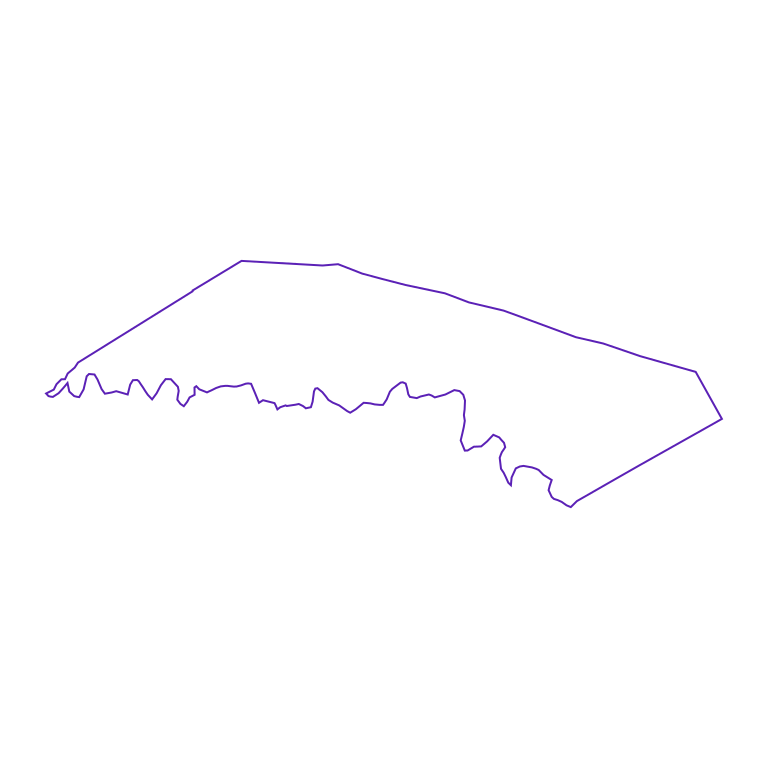 Boghe, Brakna, Mauritania
{"feature_id": "47542326B52802302132146", "entity_name": "Boghe", "entity_type": "district", "adm_level": 2, "iso_a3": "MRT", "parent_name": "Mauritania", "parent_adm1": "Brakna", "projection": "natural_earth1", "projection_center": [-14.531, 16.65], "detail": "fine", "context": "isolated", "style": "outline", "palette": "violet", "viewbox_px": 768, "rotation_deg": 0, "n_neighbors": 0, "source": "geoboundaries", "source_scale": "gbopen_adm2", "svg_char_len": 2371}
<svg xmlns="http://www.w3.org/2000/svg" viewBox="0 0 768 768"><path d="M241.5,260.9L192.6,290.5L192.6,291.3L78.0,362.6L74.7,367.6L67.7,373.5L65.0,379.2L61.4,379.3L56.5,384.2L53.8,389.6L46.1,393.5L48.5,396.1L50.5,396.6L52.9,396.9L58.6,393.2L62.8,388.6L65.1,385.9L67.5,383.0L69.3,391.6L74.2,396.1L77.0,396.8L79.2,397.1L83.6,389.4L86.7,376.3L89.0,374.0L94.5,374.5L97.5,379.5L101.6,389.1L104.9,393.7L111.6,392.5L116.2,391.2L122.2,392.9L127.7,394.5L130.2,384.6L132.9,380.2L137.2,380.0L138.8,381.2L140.7,384.1L142.9,387.3L145.4,391.3L147.8,394.8L152.1,399.4L156.6,393.3L160.9,385.2L165.6,379.1L170.9,379.2L177.9,386.8L178.7,390.9L177.7,396.6L177.3,399.7L180.4,403.9L183.8,406.2L187.2,401.8L189.6,397.4L194.6,394.8L194.5,387.5L196.3,386.2L199.3,389.3L207.0,392.4L208.6,391.6L211.5,390.3L216.1,388.0L220.7,386.4L224.9,385.9L227.8,385.9L230.2,386.2L233.8,386.6L236.6,386.5L241.0,385.4L245.7,383.7L248.1,383.4L251.1,383.8L255.0,393.0L259.0,402.8L263.0,400.2L274.5,403.1L275.4,404.8L277.4,409.4L280.3,407.2L285.6,405.4L286.8,406.0L295.5,404.7L298.8,404.0L302.9,406.0L304.9,407.5L305.8,408.3L310.9,407.2L312.6,401.7L314.0,391.4L315.3,388.6L317.5,388.2L322.4,392.2L325.9,396.5L328.4,399.9L332.7,402.6L339.2,405.4L347.2,411.1L350.2,412.7L355.9,409.2L359.4,406.3L363.6,402.8L366.7,403.0L370.5,403.4L374.6,404.4L380.0,404.9L383.0,404.9L384.2,403.2L386.7,399.4L389.9,391.7L392.3,388.9L400.6,382.6L402.8,382.3L405.7,383.6L407.0,388.1L408.3,394.3L409.9,396.9L416.8,398.1L420.5,396.5L428.9,394.5L431.6,395.5L434.8,397.4L445.4,394.5L454.3,390.1L459.6,391.1L463.3,394.8L465.0,400.5L464.6,409.5L463.9,415.1L464.8,420.8L463.8,427.0L462.3,433.7L460.7,440.4L464.8,450.6L467.6,450.5L473.9,446.7L477.1,446.6L481.2,446.4L487.1,441.4L493.3,434.8L499.2,437.4L501.4,440.0L504.0,442.8L505.2,447.2L503.5,449.8L501.9,452.1L500.8,454.7L499.7,457.8L501.0,468.8L503.7,472.8L505.7,476.9L508.3,482.7L510.9,485.2L511.6,477.5L515.8,468.4L519.8,466.5L523.5,465.9L531.9,467.4L536.1,468.8L538.7,470.0L543.5,474.9L546.4,476.7L551.7,480.0L549.8,485.5L548.6,490.2L551.7,496.9L553.9,498.9L557.7,500.1L561.7,501.9L566.5,505.3L570.8,507.1L576.9,501.1L615.3,479.1L640.2,464.9L704.2,428.9L721.9,418.9L695.7,371.9L640.0,356.1L603.2,343.5L575.9,337.2L526.9,319.1L503.6,310.6L468.9,302.4L444.9,293.3L405.5,285.0L382.3,279.0L362.2,273.6L338.1,264.2L322.6,265.5L241.5,260.9Z" fill="none" stroke="#5b21b6" stroke-width="2"/></svg>